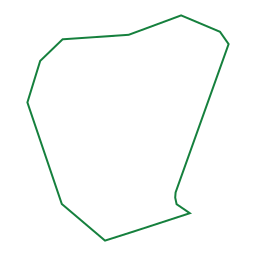 Jenkins, Georgia, United States of America (Natural Earth projection)
{"feature_id": "52423323B65299920660671", "entity_name": "Jenkins", "entity_type": "district", "adm_level": 2, "iso_a3": "USA", "parent_name": "United States of America", "parent_adm1": "Georgia", "projection": "natural_earth1", "projection_center": [-81.944, 32.78], "detail": "fine", "context": "isolated", "style": "outline", "palette": "green", "viewbox_px": 256, "rotation_deg": 0, "n_neighbors": 0, "source": "geoboundaries", "source_scale": "gbopen_adm2", "svg_char_len": 307}
<svg xmlns="http://www.w3.org/2000/svg" viewBox="0 0 256 256"><path d="M228.6,44.1L220.0,31.8L181.1,15.4L128.7,34.8L62.6,39.3L40.2,60.9L27.4,102.4L28.9,106.9L61.8,204.0L105.0,240.6L135.5,230.9L189.8,213.2L176.6,204.2L175.2,197.6L175.6,192.4L228.6,44.1Z" fill="none" stroke="#15803d" stroke-width="2"/></svg>